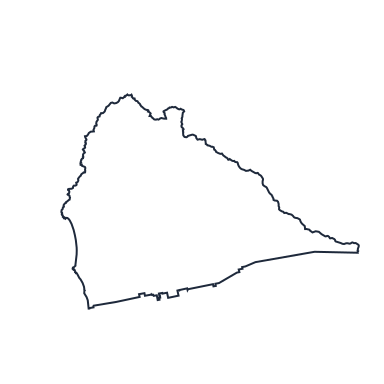 Nambucca Valley, New South Wales, Australia (Albers equal-area conic projection), rotated 160°
{"feature_id": "25037944B440592647056", "entity_name": "Nambucca Valley", "entity_type": "district", "adm_level": 2, "iso_a3": "AUS", "parent_name": "Australia", "parent_adm1": "New South Wales", "projection": "albers", "projection_center": [152.762, -30.708], "detail": "fine", "context": "isolated", "style": "outline", "palette": "slate", "viewbox_px": 384, "rotation_deg": 160, "n_neighbors": 0, "source": "geoboundaries", "source_scale": "gbopen_adm2", "svg_char_len": 6086}
<svg xmlns="http://www.w3.org/2000/svg" viewBox="0 0 384 384"><g transform="rotate(160 192 192)"><path d="M53.6,84.6L53.7,85.5L55.4,87.8L56.0,88.2L57.2,88.5L58.4,89.7L59.1,89.8L60.7,89.4L61.8,89.6L63.1,90.5L64.7,91.1L66.9,91.1L68.4,91.9L69.7,93.2L73.9,96.4L74.1,96.9L74.0,98.1L74.4,99.1L76.1,100.9L77.8,101.1L78.2,101.3L78.5,102.9L79.3,104.2L80.0,104.5L81.4,104.5L82.0,104.8L84.7,108.1L86.4,111.2L89.2,112.8L92.6,112.8L94.4,115.5L94.5,116.3L94.8,116.6L97.2,118.1L98.4,118.5L97.7,121.4L99.4,124.5L99.9,126.0L100.1,127.6L100.0,129.0L100.2,129.5L101.9,131.4L103.1,132.0L104.4,132.9L104.8,133.5L105.3,135.1L106.2,136.7L107.9,137.9L108.7,138.2L110.5,140.2L112.5,140.7L113.0,142.2L114.2,143.1L115.8,145.1L116.1,146.1L115.3,147.7L115.4,149.2L114.7,151.0L114.5,153.4L115.1,154.7L117.3,155.8L118.1,156.7L117.7,158.1L118.0,159.3L117.9,160.5L118.2,161.2L118.2,162.2L119.0,163.3L119.7,165.1L120.3,170.6L120.7,171.4L121.9,172.7L122.8,174.2L122.7,176.0L121.9,178.1L121.1,179.2L120.8,180.3L121.5,183.4L122.0,184.3L123.1,185.5L123.5,187.2L124.0,187.6L125.1,187.6L126.1,188.2L128.9,191.5L129.7,193.0L131.7,192.8L134.1,193.4L135.5,195.0L137.4,196.4L138.2,197.4L138.8,198.7L139.2,200.3L139.3,201.9L139.1,203.7L139.3,204.5L141.1,205.4L141.7,206.8L142.5,206.9L143.3,207.4L143.9,208.0L145.3,210.1L146.4,209.7L146.9,209.9L147.1,210.4L147.1,211.3L147.7,212.4L148.6,213.2L148.8,213.8L150.1,215.7L150.7,217.9L151.8,218.0L152.4,218.2L154.2,219.8L155.7,221.6L155.6,222.4L156.1,223.8L156.6,224.2L156.3,226.6L157.4,227.6L158.0,227.7L158.6,228.2L159.6,229.4L161.4,230.5L161.4,230.9L162.0,231.5L162.3,232.4L162.6,232.5L161.7,235.9L162.0,236.3L161.9,237.0L162.2,237.5L164.5,237.6L166.6,239.0L168.9,239.3L169.5,241.2L169.2,243.1L169.8,243.9L171.3,245.4L172.1,245.8L176.6,246.1L177.3,245.6L178.1,245.4L178.6,245.4L180.2,246.3L180.8,248.2L180.2,250.5L179.8,251.0L179.9,251.7L179.5,252.1L179.4,253.4L178.9,253.5L178.4,253.9L178.8,255.3L179.5,256.4L179.4,257.6L179.1,257.7L178.7,258.6L177.9,259.1L178.1,261.5L177.4,262.1L176.4,264.1L176.5,264.8L175.3,265.9L175.0,266.8L173.5,269.6L172.4,270.2L171.8,270.4L171.8,271.5L172.0,272.0L173.6,273.2L174.2,274.1L175.3,273.9L176.0,274.2L177.2,275.4L177.7,276.4L178.7,277.7L180.3,277.8L181.6,278.8L183.0,278.6L184.2,279.1L184.8,278.7L185.8,278.7L186.9,278.1L190.6,277.7L191.2,277.5L191.3,276.6L190.7,275.4L191.3,274.2L191.1,273.2L191.2,271.9L191.0,270.4L191.2,269.7L193.4,270.6L195.5,272.0L196.9,272.0L197.8,271.6L198.8,271.5L199.8,272.3L201.1,272.3L202.2,272.8L202.9,273.4L203.4,274.7L203.9,275.2L204.0,275.8L204.6,277.0L204.6,277.5L205.8,277.9L204.0,280.0L204.9,281.8L205.8,282.6L205.1,283.2L205.1,283.7L205.5,284.2L206.7,284.7L208.2,286.1L209.9,289.3L210.4,289.8L210.6,291.1L210.8,291.3L210.8,292.4L211.3,293.5L211.8,294.0L212.2,296.0L213.5,296.8L214.2,298.2L214.4,299.0L214.0,299.5L214.4,299.8L215.2,299.9L215.4,300.2L215.7,301.7L216.0,302.0L215.5,303.0L215.6,304.1L216.1,303.9L218.3,304.4L219.2,305.1L219.4,305.7L221.1,305.0L221.8,305.3L222.4,305.1L222.7,304.9L222.7,304.3L223.6,304.3L225.0,303.8L226.7,305.0L227.2,305.1L229.6,302.5L230.9,301.8L232.7,301.5L234.6,301.8L235.1,302.1L236.2,303.3L237.8,303.5L240.9,301.6L243.6,301.0L244.4,299.8L245.1,299.3L246.2,297.8L246.9,297.3L248.7,296.6L250.5,297.2L251.4,296.3L252.3,295.9L253.0,294.6L254.5,294.7L255.3,294.3L255.5,293.8L255.6,292.5L255.9,291.9L257.7,290.7L258.6,289.1L258.6,287.6L259.1,287.0L260.4,287.4L261.2,287.0L261.9,285.5L263.3,284.1L263.5,282.5L266.6,283.3L268.8,282.7L270.1,281.5L271.8,280.6L273.5,281.0L273.6,280.5L273.5,278.9L273.2,277.5L273.6,276.9L274.6,276.6L275.0,275.7L274.9,275.2L275.4,274.8L275.1,274.1L275.2,273.5L275.9,273.1L276.3,272.6L276.8,272.5L277.2,272.2L277.0,271.7L277.2,270.4L277.4,270.2L278.2,269.8L279.1,269.8L280.0,269.3L279.6,267.6L279.3,267.4L279.2,265.7L280.5,265.4L281.3,264.7L281.8,264.1L282.1,262.2L282.6,262.2L282.9,261.0L284.2,260.8L285.2,260.0L285.3,259.4L285.7,259.2L286.4,258.2L286.2,257.6L286.9,257.3L287.1,257.0L287.4,255.6L286.2,255.4L286.4,254.2L284.1,252.2L284.0,251.1L285.0,249.3L285.0,248.6L285.7,247.1L286.1,246.9L286.7,247.4L287.2,247.5L288.1,247.0L289.5,246.7L290.2,246.3L291.0,245.3L291.9,245.1L294.3,243.6L294.7,243.2L294.7,242.1L295.1,241.4L296.3,240.4L297.6,240.4L297.9,238.4L298.3,238.0L299.3,237.9L301.0,238.4L301.9,237.7L302.5,236.5L303.4,236.3L304.3,236.3L306.5,237.0L307.6,236.9L307.8,236.3L307.1,235.2L307.2,234.1L307.9,233.0L309.4,232.6L309.8,232.2L309.6,231.8L308.7,231.3L308.4,230.3L308.7,229.4L308.5,228.6L309.6,226.7L310.3,226.7L312.9,225.7L313.6,225.7L314.3,224.8L315.3,224.8L316.0,224.4L317.2,223.5L317.4,222.0L318.6,221.7L319.3,220.3L320.7,219.6L321.6,217.9L321.6,217.4L321.2,217.0L321.2,216.5L322.0,215.7L322.0,214.9L321.5,214.5L321.4,214.2L321.9,212.8L321.2,212.4L321.4,212.1L321.4,211.9L321.1,212.1L320.6,211.8L320.4,211.2L320.6,211.1L320.4,210.8L320.6,210.6L320.2,210.1L319.2,210.8L318.0,210.2L317.2,209.0L316.6,207.1L316.1,203.1L316.2,196.8L316.8,191.6L317.6,186.6L319.4,179.2L320.3,176.5L321.8,172.7L326.5,163.3L326.7,162.6L329.3,161.5L329.5,161.2L329.9,161.5L330.3,160.8L330.2,160.6L330.4,160.5L330.1,159.8L329.8,160.1L329.4,159.9L329.3,159.3L329.1,159.2L328.9,158.6L329.0,158.3L328.9,157.5L329.2,156.9L328.9,156.8L328.9,155.8L328.6,155.9L328.2,155.5L327.8,153.6L327.3,149.8L326.6,148.0L325.9,143.9L325.9,139.9L326.4,137.6L326.7,137.0L326.5,136.3L326.8,136.2L327.9,133.7L327.0,129.2L327.0,125.9L329.0,117.8L328.3,117.6L328.1,118.0L324.1,117.3L324.1,117.9L323.3,118.8L300.7,114.6L277.1,111.3L276.7,114.1L271.3,113.2L271.7,110.6L265.4,109.5L265.2,109.7L264.9,109.0L263.9,109.0L263.6,108.8L263.5,108.2L263.8,108.1L263.5,107.5L260.4,107.0L261.2,102.2L259.4,101.9L259.1,103.8L258.0,103.6L257.6,105.5L258.2,105.6L257.8,107.9L254.4,107.3L254.5,106.6L249.9,105.9L250.6,100.7L240.1,99.2L239.4,104.4L237.3,104.2L237.2,103.9L236.9,104.1L229.5,103.1L229.7,101.4L229.0,102.0L203.8,98.2L204.1,96.0L201.8,95.6L201.4,97.8L197.8,97.2L177.4,100.9L174.9,100.5L174.6,103.2L170.8,102.6L170.6,104.3L167.3,103.8L156.4,104.4L97.3,93.9L57.2,78.3L57.2,78.6L56.1,79.6L56.5,80.2L55.6,81.6L55.5,82.0L54.1,83.6L53.6,84.6Z" fill="none" stroke="#1e293b" stroke-width="2"/></g></svg>